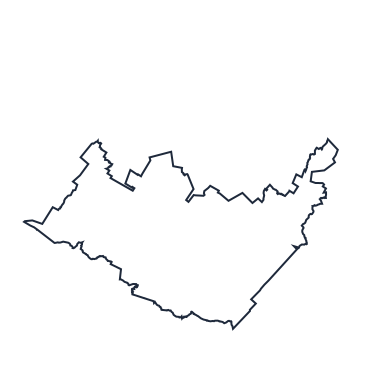 outline of Namiquipa, Chihuahua, Mexico, rotated 213°
{"feature_id": "50627088B12522207625024", "entity_name": "Namiquipa", "entity_type": "district", "adm_level": 2, "iso_a3": "MEX", "parent_name": "Mexico", "parent_adm1": "Chihuahua", "projection": "equal_earth", "projection_center": [-107.153, 29.163], "detail": "fine", "context": "isolated", "style": "outline", "palette": "slate", "viewbox_px": 384, "rotation_deg": 213, "n_neighbors": 0, "source": "geoboundaries", "source_scale": "gbopen_adm2", "svg_char_len": 5853}
<svg xmlns="http://www.w3.org/2000/svg" viewBox="0 0 384 384"><g transform="rotate(213 192 192)"><path d="M135.3,215.7L149.2,218.7L156.6,204.5L167.8,205.9L170.0,205.6L170.2,207.7L180.1,207.1L180.6,204.1L182.2,199.5L181.3,197.4L179.9,196.4L180.3,195.1L187.6,190.9L188.9,190.4L189.6,181.8L192.5,182.1L192.3,195.3L205.2,204.3L205.8,204.4L206.9,203.3L207.2,202.0L208.3,202.1L208.3,202.6L208.8,202.5L209.1,202.9L209.5,202.8L210.0,203.2L211.3,203.2L212.8,205.3L213.5,206.8L221.8,203.4L231.4,214.4L246.4,197.9L244.1,195.8L243.6,180.1L243.3,177.4L246.9,177.4L246.9,176.8L255.7,176.9L252.5,162.8L244.8,163.0L244.8,163.8L242.4,163.8L242.4,163.5L242.9,163.4L242.9,163.0L242.4,162.7L242.4,160.8L267.9,159.3L267.9,161.6L273.0,161.5L273.0,165.0L276.5,164.9L275.7,165.7L275.5,166.5L275.6,167.3L275.1,168.6L274.9,168.5L274.9,168.9L274.4,169.1L274.5,169.3L274.0,170.3L274.1,171.9L275.6,171.5L276.3,171.6L276.6,172.0L277.7,171.5L278.1,171.8L278.1,172.6L279.7,172.7L280.4,172.7L282.4,171.6L283.3,173.6L285.2,173.5L285.3,178.5L290.9,178.4L290.8,178.6L291.9,179.1L292.8,179.3L293.6,179.1L293.9,179.2L294.1,180.4L294.7,181.2L294.6,183.2L295.3,183.4L295.8,183.3L296.9,182.2L298.2,182.6L298.9,183.6L299.0,182.6L299.7,182.0L301.0,178.8L301.8,178.6L302.4,177.8L304.3,160.4L294.2,159.0L295.0,145.0L297.5,135.9L292.2,135.6L290.9,130.1L292.7,128.5L292.4,128.0L292.3,125.6L291.9,123.6L292.2,123.0L293.9,121.4L294.2,120.0L294.2,119.1L294.4,118.8L294.7,117.3L294.5,115.2L294.0,114.4L293.7,113.3L293.6,111.9L293.8,111.4L293.9,109.6L293.6,108.0L294.1,107.6L293.6,106.4L294.1,106.0L294.4,105.4L294.4,104.0L300.5,103.4L300.2,83.7L310.4,81.2L316.3,76.5L316.6,75.5L309.4,75.8L305.1,76.4L302.1,76.2L301.6,75.9L301.4,76.2L279.6,74.4L278.9,74.9L277.1,76.7L276.1,77.0L274.8,78.0L273.0,80.2L268.1,82.1L266.5,82.1L265.7,81.8L264.9,80.9L263.7,81.3L261.6,80.6L261.5,80.0L260.9,80.2L260.2,81.3L259.8,83.2L259.4,84.0L259.4,84.7L259.9,85.8L259.5,88.2L257.6,88.8L256.6,90.1L256.6,89.7L255.6,87.9L255.8,86.7L255.0,86.3L254.9,85.3L254.7,85.2L254.3,83.6L252.3,83.5L251.4,83.0L251.3,82.5L250.5,82.0L248.1,82.2L247.5,82.0L247.0,82.3L246.2,81.9L245.2,82.2L243.7,81.3L241.9,80.8L239.9,80.8L239.0,81.4L238.8,82.0L237.3,82.6L236.2,84.0L235.8,84.2L235.7,84.8L235.9,85.4L235.7,85.9L235.1,86.3L234.7,87.8L234.1,87.8L233.7,88.6L232.6,89.0L231.8,89.9L230.9,89.7L230.6,89.3L230.1,89.5L229.4,89.6L228.9,90.1L227.2,88.9L225.9,88.8L225.1,88.3L224.3,88.8L222.8,89.1L222.4,89.6L221.3,89.6L220.9,87.2L209.5,88.6L204.9,79.4L204.1,80.0L201.5,80.2L199.7,79.9L196.9,80.6L196.6,80.4L195.6,80.5L194.7,79.5L193.9,79.5L191.3,82.8L188.6,84.4L187.6,84.0L186.7,84.3L186.6,84.0L186.4,84.4L186.5,83.6L186.3,82.2L186.7,81.7L187.2,81.6L187.9,82.3L188.4,81.4L188.3,80.0L187.6,79.2L188.0,79.0L188.5,79.4L189.5,78.1L189.0,77.0L187.6,76.6L188.0,75.6L187.5,74.9L186.7,75.1L186.2,73.7L164.7,79.5L163.4,78.2L163.2,79.6L160.2,78.3L158.9,78.3L157.7,78.7L157.0,78.5L156.6,78.1L155.8,78.4L155.1,77.8L154.4,77.7L153.6,76.6L153.3,76.6L149.0,78.8L148.7,79.2L148.4,79.1L147.6,80.2L146.1,80.3L145.4,81.0L143.8,80.3L142.5,80.3L140.5,79.0L139.1,78.9L137.3,78.9L134.9,80.2L134.3,79.9L133.7,80.3L133.1,81.3L133.0,82.0L132.5,81.5L132.2,81.6L132.0,81.3L132.0,80.8L131.5,80.4L131.5,80.9L131.0,81.9L130.9,82.5L130.6,82.4L130.6,82.7L130.4,82.6L129.8,83.9L129.2,83.8L128.5,84.2L128.4,84.8L128.6,85.3L127.6,86.8L127.6,87.7L126.7,89.3L126.7,89.7L127.4,91.1L127.3,91.3L127.0,91.4L126.8,91.0L126.3,91.3L125.4,91.3L124.3,90.6L123.7,91.1L123.3,90.8L121.1,91.1L119.9,91.0L119.5,91.2L115.8,90.9L112.9,91.3L110.2,92.3L109.7,92.1L109.0,92.8L108.4,92.6L106.1,93.6L104.4,95.1L103.9,95.2L103.4,95.7L103.1,95.8L103.1,96.1L102.1,97.0L100.4,98.1L99.4,98.4L99.1,98.3L98.4,98.7L97.9,98.6L97.7,98.9L95.5,99.7L93.5,99.5L92.3,101.1L91.5,103.4L90.8,104.1L89.9,104.2L88.8,104.9L88.1,104.5L88.1,104.1L86.5,102.2L85.1,101.6L83.1,99.6L78.6,123.8L79.3,124.7L77.7,133.2L83.9,134.2L81.4,146.5L81.5,148.4L80.8,153.7L79.6,159.3L72.8,201.1L77.0,202.1L73.4,203.2L73.0,203.0L72.1,203.0L72.0,203.5L72.4,205.4L71.3,207.8L69.1,209.1L68.6,210.4L67.6,210.5L67.4,210.9L68.2,212.1L69.3,212.9L69.6,213.4L70.9,214.1L71.6,215.3L72.0,215.4L72.4,215.1L73.5,215.9L74.4,217.0L76.0,217.3L77.8,218.6L78.6,219.9L78.8,220.8L78.8,222.3L79.2,223.0L81.6,223.6L81.4,225.6L80.7,226.6L80.3,227.9L81.0,230.9L80.2,234.1L81.0,235.3L81.3,236.3L80.8,238.1L79.6,238.5L79.3,239.0L79.3,241.4L79.7,242.2L81.6,243.1L82.6,244.7L82.8,245.5L83.3,245.8L82.4,246.8L82.2,247.3L81.9,247.3L81.8,247.7L81.4,247.6L80.8,247.9L79.7,249.4L79.4,250.2L78.8,250.7L78.3,251.7L76.5,253.0L79.2,255.0L80.9,255.6L80.6,256.4L80.8,256.8L80.6,257.3L79.4,257.8L79.4,258.1L79.0,258.3L78.5,259.0L78.1,259.0L78.1,259.4L77.6,259.3L76.5,259.9L77.5,261.2L78.0,262.6L79.4,264.7L81.2,263.2L81.6,267.9L85.3,267.9L85.3,270.2L87.3,270.6L93.4,266.8L98.3,265.6L102.4,274.2L92.8,282.2L88.2,294.7L91.7,296.6L91.5,301.1L92.7,306.8L106.8,310.3L106.5,309.4L106.4,308.1L105.8,307.1L106.0,305.2L107.0,301.4L106.9,300.2L106.3,299.1L106.3,298.4L108.1,299.1L108.5,298.6L108.7,297.8L109.1,297.1L111.5,297.1L111.6,296.7L111.5,293.7L109.6,290.8L110.0,290.0L110.5,289.7L111.0,289.8L111.7,289.4L112.3,288.4L113.1,288.2L113.2,287.7L112.2,285.5L111.5,284.9L111.5,284.5L111.2,283.9L111.3,283.4L111.7,282.9L111.5,282.3L111.7,282.0L111.2,280.6L111.1,279.1L110.2,278.2L110.0,276.6L109.6,276.1L109.6,275.7L108.9,275.2L108.9,274.1L108.4,272.9L108.2,271.6L109.4,272.7L109.5,273.2L109.8,271.9L108.0,264.2L114.1,263.6L112.4,254.3L106.1,254.3L106.1,246.2L111.0,246.1L110.8,245.4L111.8,239.3L112.6,239.1L113.8,239.3L114.2,239.0L114.4,239.2L115.7,239.2L115.8,238.8L116.5,238.9L116.7,238.4L118.4,238.2L118.9,237.0L119.8,237.2L120.5,239.1L123.0,239.5L123.7,239.2L126.1,239.0L126.8,239.5L130.6,240.5L131.5,235.1L130.2,234.8L130.4,233.9L132.4,234.3L132.3,232.0L131.4,230.1L129.6,228.4L128.5,225.4L127.8,224.4L127.9,221.6L133.1,222.6L135.3,215.7Z" fill="none" stroke="#1e293b" stroke-width="2"/></g></svg>